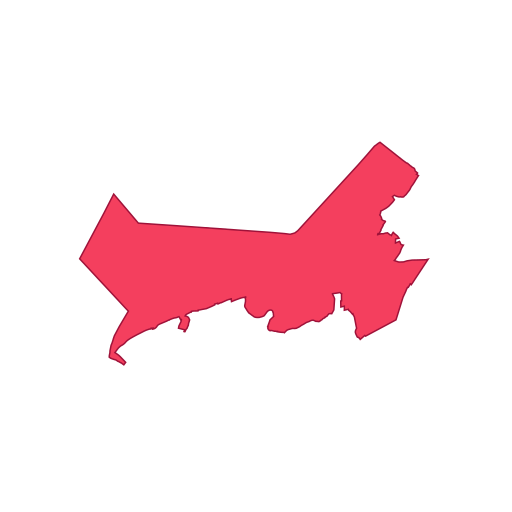 the district of Gooise Meren, Noord-Holland, Netherlands, rotated 320°
{"feature_id": "6326949B89511959643085", "entity_name": "Gooise Meren", "entity_type": "district", "adm_level": 2, "iso_a3": "NLD", "parent_name": "Netherlands", "parent_adm1": "Noord-Holland", "projection": "natural_earth1", "projection_center": [5.099, 52.322], "detail": "fine", "context": "isolated", "style": "filled", "palette": "rose", "viewbox_px": 512, "rotation_deg": 320, "n_neighbors": 0, "source": "geoboundaries", "source_scale": "gbopen_adm2", "svg_char_len": 5896}
<svg xmlns="http://www.w3.org/2000/svg" viewBox="0 0 512 512"><g transform="rotate(320 256 256)"><path d="M186.8,117.1L167.1,125.4L119.1,144.8L120.5,172.6L121.2,185.7L122.6,213.5L122.8,216.2L105.8,222.2L96.2,226.1L93.4,227.8L92.1,228.7L89.5,230.3L87.7,231.2L86.9,231.8L83.3,234.7L81.8,236.3L81.5,236.5L79.6,238.0L79.3,238.4L78.9,238.7L78.5,239.3L78.8,239.9L78.9,240.2L78.8,240.5L79.6,242.1L80.1,242.9L80.2,243.1L81.0,244.4L81.6,245.1L82.0,246.0L82.5,247.9L82.7,248.3L83.0,248.6L83.2,249.3L83.9,251.2L84.1,251.4L84.2,251.8L84.4,252.9L84.4,253.0L84.6,253.4L84.8,254.4L87.8,253.7L87.3,245.9L87.1,244.3L86.9,243.2L86.3,240.8L85.8,239.3L88.0,238.8L90.1,238.3L91.5,238.0L93.0,237.9L94.5,237.9L96.6,238.3L97.9,238.4L99.3,238.4L101.4,238.1L102.9,238.0L104.5,238.1L106.4,238.3L109.8,238.9L114.2,239.8L117.5,240.6L121.9,241.6L124.4,242.3L127.2,243.4L128.0,243.9L128.7,244.4L129.2,243.9L130.5,244.9L130.8,245.1L130.0,245.7L130.8,246.1L131.7,246.4L132.5,246.5L133.4,246.5L134.2,246.4L135.6,246.0L136.6,245.9L137.6,246.0L138.7,246.3L145.8,248.5L147.7,248.9L148.3,249.1L148.4,249.3L148.7,249.2L151.4,250.1L153.7,251.0L153.9,251.2L155.7,252.2L158.0,252.9L157.6,255.3L157.3,256.3L157.9,256.4L158.0,256.8L157.9,257.0L157.4,257.2L156.9,257.7L156.1,258.2L152.5,259.8L151.9,260.1L150.2,261.5L154.0,266.8L152.3,267.6L152.8,268.3L153.2,268.2L155.1,267.3L156.9,267.0L158.0,266.3L159.4,265.7L159.9,265.4L160.5,264.7L160.9,264.4L164.1,262.3L164.8,259.6L164.5,258.6L164.1,257.6L163.2,256.4L164.0,256.0L165.1,255.9L169.8,257.0L170.1,257.2L170.3,257.4L170.6,257.3L170.8,257.1L171.0,256.9L172.4,257.7L176.3,260.8L176.5,260.8L176.9,260.3L178.2,261.1L180.6,262.4L184.1,264.4L189.7,266.1L193.0,266.9L193.4,266.3L196.2,267.5L195.9,267.9L196.0,268.1L196.0,268.3L199.0,269.1L199.2,269.4L205.3,271.1L207.2,271.8L208.7,272.7L208.8,272.7L208.9,272.8L209.0,272.6L209.3,272.8L209.5,272.9L208.8,273.7L207.9,275.2L212.0,276.5L217.0,278.3L218.9,279.2L221.2,280.6L221.5,280.5L221.7,280.9L221.4,281.0L221.0,281.3L220.5,281.5L220.3,282.1L220.1,282.5L218.7,284.1L216.5,285.9L215.6,286.6L215.1,287.2L214.7,288.1L214.4,290.5L214.1,292.3L214.1,292.8L213.9,294.6L214.0,294.7L213.9,295.0L214.3,296.4L214.9,299.0L215.2,300.1L215.5,301.5L216.2,302.6L217.3,303.8L219.1,305.2L220.7,305.9L220.8,306.0L221.2,306.2L222.9,306.8L224.0,307.0L226.0,306.5L229.4,305.7L230.6,306.0L230.9,305.9L231.4,306.1L231.9,306.4L232.6,306.9L232.9,307.3L233.3,308.1L233.3,308.4L233.3,308.8L232.9,310.1L232.7,310.2L232.6,310.8L231.3,312.6L230.7,313.6L226.0,313.9L225.5,314.0L224.5,314.7L219.7,317.5L219.9,317.7L219.5,318.1L218.7,318.8L218.3,319.9L218.2,320.4L218.3,321.0L218.4,321.6L218.7,322.2L218.9,322.1L220.3,323.4L221.7,325.4L222.8,326.4L223.4,327.2L223.7,327.4L223.5,327.5L224.1,328.3L226.2,330.6L228.4,332.6L228.5,332.7L228.4,332.7L228.4,333.0L230.0,332.9L231.5,332.7L232.8,332.9L234.1,333.4L234.7,333.7L235.9,334.2L236.5,334.5L237.1,334.8L237.6,335.1L238.9,336.3L240.1,337.1L240.5,337.3L243.2,338.0L244.3,338.2L246.0,338.3L248.9,338.9L249.8,339.0L251.0,339.2L251.7,339.3L252.7,339.6L254.4,340.3L256.4,340.7L257.9,341.4L258.7,342.1L258.8,342.3L259.8,344.5L260.1,344.8L260.8,345.3L261.1,345.7L261.4,346.2L261.7,346.4L262.2,346.8L262.5,346.9L263.3,346.9L263.8,347.1L264.6,346.9L265.4,347.2L267.1,347.0L268.0,347.3L269.2,347.5L269.3,347.2L269.9,347.3L271.5,347.7L271.9,347.7L272.9,347.4L274.7,347.1L275.5,347.6L276.2,348.2L276.6,348.4L276.9,348.9L280.3,347.6L281.0,347.3L288.7,339.3L289.5,337.0L290.2,334.1L290.4,334.1L294.8,336.8L296.2,337.6L297.0,338.1L297.0,339.1L297.1,339.6L297.3,340.1L297.0,340.2L296.6,340.6L292.9,345.1L292.8,345.3L292.0,344.9L288.2,349.6L291.4,351.2L289.7,353.3L288.8,354.3L292.5,356.2L292.1,357.2L292.5,359.3L292.5,362.4L293.1,362.5L292.5,364.1L292.3,365.7L287.8,373.8L286.9,375.5L286.6,376.0L284.5,377.0L283.8,377.5L283.1,378.2L282.4,379.7L281.6,382.7L281.5,383.1L281.6,383.5L282.1,384.1L282.1,384.6L282.3,385.0L282.4,385.3L282.2,386.9L288.3,386.8L288.4,387.8L322.2,394.9L342.1,382.1L348.1,379.3L349.8,378.3L352.0,377.4L352.5,377.9L355.7,376.8L356.2,376.5L356.4,376.4L356.5,376.5L356.5,376.9L356.5,377.8L359.1,377.1L363.0,375.9L385.8,369.1L383.8,368.1L377.1,362.8L373.0,359.5L369.6,357.4L368.6,356.8L365.1,355.3L361.5,352.4L359.0,348.4L360.7,348.1L362.2,347.6L364.4,347.1L365.7,346.7L367.7,346.2L368.6,345.8L370.1,345.0L370.9,344.4L372.0,343.9L373.2,343.3L375.9,342.4L375.0,341.3L374.6,340.6L374.6,340.2L374.7,339.5L375.2,337.9L375.3,337.0L371.2,335.7L371.5,335.3L373.9,332.7L377.0,334.3L377.2,331.7L376.8,329.4L376.3,327.0L376.5,326.5L376.5,326.2L376.3,326.0L375.3,326.3L373.9,326.8L373.0,327.3L372.9,326.7L372.3,325.9L372.1,325.4L372.0,324.4L371.7,323.1L371.6,322.7L370.5,322.1L370.0,321.7L367.7,320.7L366.6,319.7L366.0,319.3L364.8,318.7L364.2,318.5L362.9,317.9L363.0,317.8L363.3,317.9L363.5,317.6L363.4,317.5L363.9,317.2L364.0,317.2L364.7,318.0L364.8,318.0L368.3,316.6L368.4,316.4L368.4,316.2L373.1,314.3L373.2,314.1L373.3,313.8L374.0,313.7L376.7,313.0L377.1,312.9L377.3,312.8L377.4,312.5L377.3,312.3L376.0,310.1L375.8,308.5L376.2,308.4L376.7,307.3L377.2,305.5L377.1,304.5L377.2,304.0L378.3,303.7L379.6,302.5L379.9,302.5L380.4,301.8L386.5,303.0L389.7,303.2L395.2,302.6L398.2,301.9L398.7,298.2L400.4,298.3L401.1,298.5L401.2,298.8L401.9,300.4L402.8,301.7L403.2,302.3L403.8,302.9L404.5,303.5L404.8,303.5L405.4,304.4L406.4,305.2L407.1,305.6L408.3,305.4L410.3,305.4L412.1,305.0L415.8,304.2L416.8,303.9L417.4,303.6L418.8,303.0L419.4,302.7L422.0,302.1L424.7,301.3L427.2,300.4L432.2,298.8L431.9,298.2L431.7,297.1L431.5,296.6L431.9,296.6L433.1,296.3L432.6,293.1L433.3,291.8L433.4,291.5L433.5,291.1L433.5,290.2L432.7,288.3L432.6,287.1L432.3,286.5L432.1,285.4L432.1,285.0L432.1,284.8L431.9,284.1L431.7,282.3L431.1,281.6L429.9,276.7L424.1,248.6L422.4,248.3L417.3,248.0L405.1,250.0L392.4,251.9L304.2,263.5L300.5,263.3L296.1,261.3L292.5,257.4L282.6,247.5L212.8,180.0L187.0,155.2L186.8,117.1Z" fill="#f43f5e" stroke="#9f1239" stroke-width="1.5"/></g></svg>